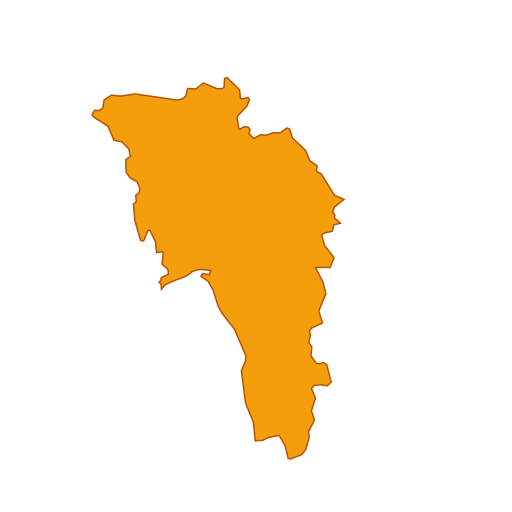 the border of Somerset, rotated 249°
{"feature_id": "GBR-2047", "entity_name": "Somerset", "entity_type": "Administrative County", "adm_level": 1, "iso_a3": "GBR", "parent_name": "United Kingdom", "parent_adm1": "", "projection": "orthographic", "projection_center": [-2.947, 51.075], "detail": "fine", "context": "isolated", "style": "filled", "palette": "amber", "viewbox_px": 512, "rotation_deg": 249, "n_neighbors": 0, "source": "natural_earth", "source_scale": "10m", "svg_char_len": 2015}
<svg xmlns="http://www.w3.org/2000/svg" viewBox="0 0 512 512"><g transform="rotate(249 256 256)"><path d="M83.6,189.0L101.9,194.0L122.3,193.5L154.0,201.2L161.5,208.4L166.5,210.8L195.5,209.7L213.8,204.0L222.9,202.7L239.7,203.7L249.6,202.2L256.8,197.3L258.7,200.0L255.2,205.8L258.7,208.6L263.0,200.2L263.9,197.3L264.4,192.1L263.9,189.5L263.0,187.3L262.2,183.4L262.3,168.3L261.6,160.6L258.8,155.8L263.7,157.3L266.3,156.1L266.5,156.4L267.1,157.9L267.2,158.1L269.8,160.0L270.4,167.7L275.1,169.0L282.1,165.4L292.3,170.6L293.6,170.2L294.8,164.4L305.5,167.3L317.8,166.1L318.5,164.7L317.7,163.4L311.0,157.3L310.4,155.9L311.9,153.9L332.6,155.6L337.0,156.9L348.3,160.1L349.7,163.8L355.7,165.4L357.1,169.5L360.4,171.7L367.8,171.7L374.0,166.4L381.0,164.8L392.7,169.0L394.0,174.5L401.6,175.6L410.5,171.8L415.0,164.8L430.0,164.4L444.0,154.2L446.5,153.5L449.9,157.6L448.0,161.6L449.0,165.9L456.2,170.2L458.0,178.7L453.9,186.6L450.6,201.2L429.8,238.3L429.1,243.3L430.3,247.5L436.9,252.2L433.5,259.7L436.4,268.8L426.3,279.4L424.5,283.3L424.7,286.5L432.8,290.2L433.1,292.8L417.2,300.2L409.0,298.1L407.8,298.9L406.8,305.3L404.2,305.9L399.3,301.3L392.8,288.2L381.0,285.5L380.1,286.6L381.0,290.9L379.0,295.0L376.2,295.8L373.0,293.3L366.5,296.0L367.6,303.6L365.1,308.9L364.8,317.0L362.2,322.3L364.4,330.8L362.7,332.8L352.9,332.4L337.1,340.0L325.8,340.4L318.1,345.4L313.3,342.7L309.4,346.3L284.6,351.0L277.3,358.5L273.7,347.2L270.0,343.3L265.8,344.2L263.4,342.8L256.4,346.7L257.2,339.8L251.8,336.1L253.0,327.5L252.0,324.8L241.1,323.8L226.5,328.3L218.7,321.1L224.0,307.4L207.6,309.2L195.7,307.7L182.2,294.9L169.6,294.1L168.9,282.8L167.2,279.2L162.3,278.3L156.6,274.3L150.9,275.5L143.2,271.5L134.7,273.7L132.9,275.7L132.2,280.8L129.3,283.1L111.3,281.0L109.3,276.0L112.7,270.0L114.4,263.7L112.4,260.3L102.1,260.6L91.5,252.2L82.1,251.9L73.2,242.2L67.1,240.4L57.5,233.1L54.3,227.8L54.0,215.8L55.6,213.5L68.5,215.2L80.3,213.2L82.1,202.4L81.5,196.0L82.8,192.2L83.0,191.6L83.6,189.0Z" fill="#f59e0b" stroke="#b45309" stroke-width="1.5"/></g></svg>